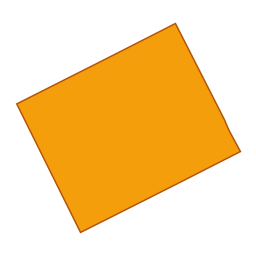 Mitchell, Kansas, United States of America, rotated 333°
{"feature_id": "52423323B46685429540919", "entity_name": "Mitchell", "entity_type": "district", "adm_level": 2, "iso_a3": "USA", "parent_name": "United States of America", "parent_adm1": "Kansas", "projection": "albers", "projection_center": [-98.087, 39.393], "detail": "fine", "context": "isolated", "style": "filled", "palette": "amber", "viewbox_px": 256, "rotation_deg": 333, "n_neighbors": 0, "source": "geoboundaries", "source_scale": "gbopen_adm2", "svg_char_len": 285}
<svg xmlns="http://www.w3.org/2000/svg" viewBox="0 0 256 256"><g transform="rotate(333 128 128)"><path d="M217.5,200.0L216.9,176.1L217.7,164.0L217.7,56.4L216.6,56.4L144.9,56.4L39.8,56.0L38.3,199.5L145.8,200.0L217.5,200.0Z" fill="#f59e0b" stroke="#b45309" stroke-width="1.5"/></g></svg>